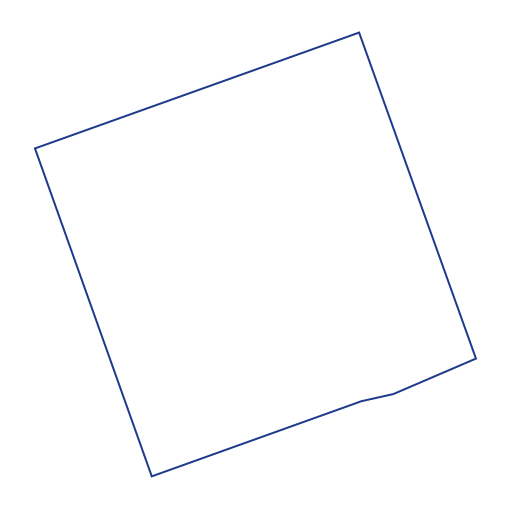 the district of Scurry, Texas, United States of America, rotated 160°
{"feature_id": "52423323B97167662457996", "entity_name": "Scurry", "entity_type": "district", "adm_level": 2, "iso_a3": "USA", "parent_name": "United States of America", "parent_adm1": "Texas", "projection": "orthographic", "projection_center": [-100.907, 32.748], "detail": "fine", "context": "isolated", "style": "outline", "palette": "blue", "viewbox_px": 512, "rotation_deg": 160, "n_neighbors": 0, "source": "geoboundaries", "source_scale": "gbopen_adm2", "svg_char_len": 243}
<svg xmlns="http://www.w3.org/2000/svg" viewBox="0 0 512 512"><g transform="rotate(160 256 256)"><path d="M429.3,84.6L206.5,83.5L174.2,79.3L84.4,84.4L82.7,430.7L426.9,432.7L429.3,84.6Z" fill="none" stroke="#1e3a8a" stroke-width="2"/></g></svg>